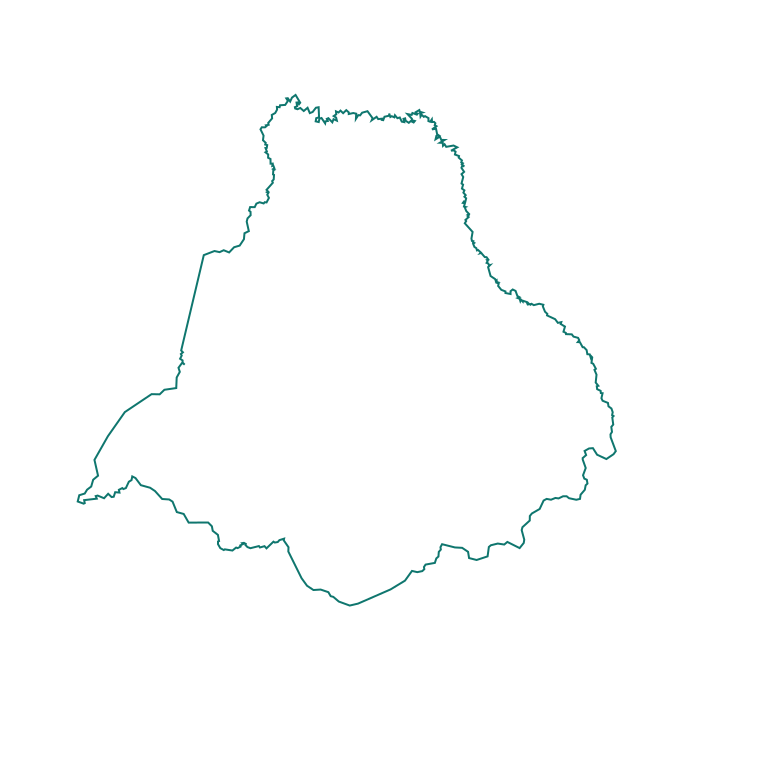 Kalumbila, North-Western, Zambia, rotated 120°
{"feature_id": "96606910B30237809157373", "entity_name": "Kalumbila", "entity_type": "district", "adm_level": 2, "iso_a3": "ZMB", "parent_name": "Zambia", "parent_adm1": "North-Western", "projection": "natural_earth1", "projection_center": [25.402, -12.363], "detail": "fine", "context": "isolated", "style": "outline", "palette": "teal", "viewbox_px": 768, "rotation_deg": 120, "n_neighbors": 0, "source": "geoboundaries", "source_scale": "gbopen_adm2", "svg_char_len": 6166}
<svg xmlns="http://www.w3.org/2000/svg" viewBox="0 0 768 768"><g transform="rotate(120 384 384)"><path d="M337.8,153.9L330.0,150.1L326.2,149.7L316.8,161.1L314.3,162.7L311.5,162.6L307.5,165.7L304.5,165.2L298.8,169.6L297.0,169.2L296.9,170.9L294.1,171.8L291.5,174.8L291.1,178.4L288.4,180.6L289.2,186.3L287.6,188.6L282.7,190.1L283.4,191.7L281.6,193.0L281.9,196.8L279.6,198.6L278.4,197.5L276.9,201.4L269.7,204.6L266.5,208.8L264.9,208.1L261.9,212.9L262.0,214.9L256.8,217.0L256.2,219.0L257.3,218.7L255.5,220.6L256.5,222.8L253.3,225.5L252.2,229.3L252.8,230.4L249.8,235.3L250.8,237.1L248.4,236.8L247.0,239.0L248.2,243.6L247.1,246.2L249.8,251.3L248.8,252.1L249.0,254.7L243.8,256.0L243.7,261.0L241.8,261.4L244.1,264.0L242.3,268.2L243.1,277.1L241.6,277.6L240.9,280.7L237.4,285.2L235.7,285.6L236.9,289.7L240.8,293.7L240.8,296.3L242.8,297.1L241.6,297.2L243.3,299.3L242.7,300.1L242.0,298.9L241.5,300.7L242.4,305.2L243.3,304.9L242.5,307.4L244.1,307.3L242.4,309.1L242.7,311.2L241.1,310.1L241.1,312.5L237.6,316.6L237.8,319.8L240.4,320.8L242.8,319.4L244.5,324.3L243.1,325.1L243.8,329.5L242.0,334.2L239.7,334.9L239.9,336.6L239.0,336.0L239.3,337.3L237.9,338.3L238.9,338.7L237.6,340.1L237.2,345.7L230.7,352.3L228.0,351.6L228.8,352.4L227.5,353.9L227.8,355.7L225.4,355.8L225.1,356.8L224.1,355.9L222.9,358.6L223.7,360.2L221.9,365.3L222.6,366.0L221.7,365.8L220.9,369.6L221.8,370.3L220.2,372.0L220.1,374.2L218.0,376.9L216.8,376.4L216.9,377.6L215.6,378.0L216.1,379.4L214.3,381.0L208.0,383.3L204.4,394.4L201.8,394.3L201.2,395.5L197.2,394.2L197.1,395.2L195.4,395.1L195.6,396.1L194.2,395.5L193.1,399.2L190.6,402.4L189.9,401.9L190.3,403.5L187.0,404.3L187.7,406.2L185.8,406.0L185.5,404.7L182.1,405.7L181.6,408.0L179.6,407.7L178.6,410.9L176.1,411.2L175.8,414.2L171.8,415.2L171.6,417.1L165.1,418.9L163.5,421.8L160.2,420.7L158.1,425.0L156.0,425.4L155.4,423.3L154.8,426.5L153.4,426.1L153.4,427.9L151.4,428.3L150.6,432.5L149.1,433.0L149.8,437.3L147.0,438.2L146.8,440.3L148.4,442.6L142.4,438.9L142.7,443.0L147.5,448.7L146.1,451.4L148.2,452.0L145.8,453.7L147.1,456.2L142.4,453.6L144.0,456.4L141.8,459.3L146.3,461.7L142.9,462.7L141.3,460.8L141.1,462.9L136.9,466.6L139.5,469.7L134.5,467.5L134.5,469.5L132.5,469.9L132.0,471.7L133.1,473.4L130.9,474.9L133.8,475.1L134.1,477.0L131.5,478.4L131.5,482.4L132.7,483.1L132.0,486.0L134.1,486.1L131.4,488.1L129.7,486.5L130.3,489.1L129.1,490.4L133.0,492.6L134.0,492.0L133.1,490.0L134.3,490.2L135.1,494.9L137.1,494.6L138.5,498.6L140.3,492.5L141.6,491.8L140.8,488.8L142.7,489.1L142.9,492.3L145.4,493.1L145.2,496.9L143.4,498.5L144.6,499.7L147.1,497.4L147.9,499.8L145.3,503.6L147.1,505.3L145.8,508.9L147.9,508.4L148.2,511.2L149.6,512.0L147.2,514.7L149.1,513.7L152.3,517.2L155.9,516.6L156.4,518.0L155.3,518.5L157.5,521.5L156.3,524.0L161.7,526.5L159.5,526.8L156.0,534.7L160.0,538.6L163.3,539.0L164.0,540.7L168.4,540.9L163.8,543.2L164.7,546.1L167.8,549.5L166.4,550.3L165.7,553.6L169.9,554.8L169.0,558.4L171.6,559.1L171.9,561.9L174.3,560.2L177.1,561.5L177.2,558.7L179.5,556.5L179.9,560.1L183.2,559.6L181.6,565.1L183.0,566.1L184.3,564.2L185.8,566.0L187.7,565.3L184.9,571.1L186.5,572.6L189.8,571.5L190.7,574.5L187.7,575.6L185.5,573.6L177.0,579.0L178.8,581.1L184.1,581.8L186.5,583.7L183.0,588.3L187.7,590.0L186.8,594.5L189.3,596.3L189.8,598.7L188.8,599.6L186.9,598.1L184.0,600.5L183.3,599.6L184.3,597.5L182.3,597.2L177.9,605.1L182.0,606.9L186.3,606.5L184.6,610.2L185.5,611.4L186.9,608.8L191.7,609.1L194.6,613.4L196.5,612.8L197.6,615.3L199.8,613.8L203.7,613.7L207.1,615.7L209.9,613.7L215.8,614.8L217.2,613.5L219.0,615.6L219.5,614.7L221.2,615.4L222.8,618.2L225.2,618.3L229.1,612.5L233.4,610.7L234.3,607.0L236.0,606.6L235.5,604.6L238.2,603.6L238.9,604.6L241.2,601.7L242.6,602.5L243.1,599.1L246.0,597.5L245.9,594.8L249.9,592.4L248.8,590.6L250.9,589.8L250.1,589.2L252.0,586.8L253.3,587.5L253.3,586.1L254.3,586.7L258.0,584.9L257.9,583.8L262.0,581.8L264.2,582.3L265.3,580.9L274.6,582.8L275.4,580.3L276.4,581.1L276.5,579.7L278.5,579.7L280.4,576.7L285.5,576.5L286.2,578.2L287.8,578.5L288.8,582.6L291.6,584.7L295.5,584.4L297.7,588.4L301.3,587.6L301.6,585.7L304.5,583.9L308.8,585.0L312.0,584.1L319.2,577.5L323.2,580.2L328.6,577.7L336.3,578.2L340.5,582.2L347.5,583.9L348.3,589.7L352.0,592.3L353.6,597.3L362.5,604.5L456.4,576.4L457.1,574.0L459.6,574.9L460.5,573.4L464.1,573.2L464.3,570.2L466.1,569.2L466.9,566.3L466.5,569.4L472.7,570.1L475.6,566.9L482.0,566.8L491.4,561.9L498.8,571.3L505.1,573.1L509.0,580.2L537.9,594.4L567.3,597.0L594.5,596.8L606.4,585.8L612.3,588.0L619.2,586.3L624.0,588.3L628.5,588.4L632.7,592.3L638.9,590.5L637.8,584.3L636.8,583.6L634.5,585.6L626.9,575.4L625.2,577.6L623.8,576.2L622.9,569.3L617.0,568.0L618.1,563.4L616.8,561.7L612.1,562.7L610.3,558.8L608.2,560.7L605.0,558.6L605.3,557.2L603.2,555.5L596.2,556.1L593.5,554.6L589.9,555.8L589.7,552.2L593.2,544.0L590.8,534.7L591.2,528.8L594.5,518.6L591.4,512.3L591.6,508.3L598.5,499.4L596.7,492.5L601.7,483.9L591.9,467.0L593.3,461.9L596.8,458.9L597.7,452.4L602.5,448.3L603.4,449.0L605.7,447.7L608.0,443.7L607.9,439.7L606.8,439.2L604.0,432.0L599.6,430.3L599.3,428.7L596.5,426.9L595.7,427.8L593.0,426.0L592.7,427.2L591.6,425.9L591.6,423.7L592.7,423.5L593.5,420.7L593.0,417.6L586.9,411.3L587.6,409.7L584.2,406.4L585.1,403.6L575.8,400.9L575.9,399.3L574.0,397.0L571.5,396.5L567.9,393.2L569.5,392.7L573.1,385.1L576.9,383.1L593.4,358.3L597.2,349.8L597.7,342.1L593.7,336.1L592.1,328.1L594.4,324.1L593.7,321.5L595.0,314.4L593.0,302.9L587.2,296.7L558.6,275.6L543.8,267.5L531.9,266.3L530.3,261.1L526.9,257.3L524.2,256.5L522.5,257.9L519.6,257.7L513.5,250.5L508.9,251.5L506.2,250.6L502.0,252.6L499.0,252.0L497.1,253.5L493.7,253.6L490.1,240.9L486.8,234.4L487.3,227.3L492.2,223.3L490.1,215.8L481.5,208.1L472.7,211.7L470.2,210.8L465.3,205.7L462.9,199.6L459.1,198.2L458.3,184.5L451.8,183.5L448.7,184.7L441.7,191.7L438.8,192.5L429.4,189.5L425.4,191.7L422.2,191.2L414.4,186.7L405.1,187.5L402.2,185.7L400.7,181.5L397.0,178.6L395.8,175.6L391.7,172.8L389.9,169.7L390.4,166.7L388.1,159.6L385.5,156.8L381.6,158.4L375.2,157.2L370.9,158.7L368.5,158.0L365.5,160.5L365.8,163.2L363.5,166.0L355.9,167.3L350.1,174.1L348.8,174.9L344.5,173.4L341.7,176.8L337.3,174.2L335.1,171.0L338.7,164.1L337.8,153.9Z" fill="none" stroke="#0f766e" stroke-width="2"/></g></svg>